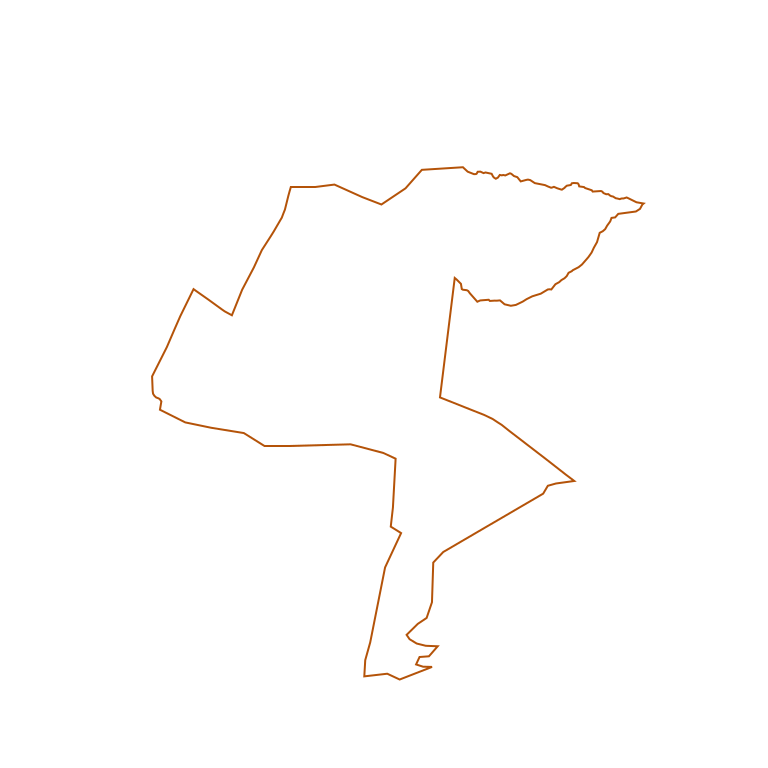 the district of Ayawaso West, Greater Accra, Ghana, rotated 295°
{"feature_id": "2480657B22724340600972", "entity_name": "Ayawaso West", "entity_type": "district", "adm_level": 2, "iso_a3": "GHA", "parent_name": "Ghana", "parent_adm1": "Greater Accra", "projection": "orthographic", "projection_center": [-0.161, 5.632], "detail": "fine", "context": "isolated", "style": "outline", "palette": "amber", "viewbox_px": 768, "rotation_deg": 295, "n_neighbors": 0, "source": "geoboundaries", "source_scale": "gbopen_adm2", "svg_char_len": 2614}
<svg xmlns="http://www.w3.org/2000/svg" viewBox="0 0 768 768"><g transform="rotate(295 384 384)"><path d="M523.2,216.3L520.1,216.8L519.3,216.9L514.0,217.8L500.2,220.5L498.4,220.6L496.6,220.7L493.8,220.9L491.4,221.1L490.9,221.0L475.6,219.6L469.9,218.9L453.7,216.7L434.7,216.8L409.5,215.6L382.0,217.1L382.5,209.0L383.1,205.5L386.3,189.0L388.9,174.4L389.5,171.3L359.4,170.7L346.1,171.0L325.7,171.6L292.9,170.6L280.1,177.2L277.6,178.8L276.3,180.8L275.5,183.2L275.7,185.8L275.5,187.2L274.1,189.6L266.0,191.8L265.2,220.1L271.3,245.9L280.3,277.7L277.3,301.9L287.9,324.6L315.2,379.2L321.2,412.5L321.2,426.1L275.8,444.3L257.6,450.4L256.1,462.5L247.0,462.5L218.2,462.5L144.0,480.7L125.8,483.7L110.7,489.7L122.8,509.4L122.8,523.1L147.9,547.1L144.3,538.9L143.4,531.6L151.6,531.6L156.2,539.8L169.0,543.5L164.4,532.5L162.6,523.3L163.5,515.1L166.2,510.5L180.9,516.0L190.0,521.5L206.5,519.7L243.0,504.1L256.8,508.7L296.5,536.2L351.9,574.6L361.0,575.5L366.5,581.9L376.5,597.4L378.8,586.7L384.5,562.0L394.4,517.5L396.7,507.9L397.3,503.3L398.2,497.3L398.3,487.7L397.6,476.3L395.5,440.4L510.0,403.3L509.4,405.6L507.3,411.4L502.9,414.4L502.8,415.7L504.0,419.4L503.9,421.0L502.5,423.5L498.0,433.8L500.4,435.9L504.6,443.3L504.0,444.8L506.3,449.0L507.3,451.2L508.8,453.8L507.2,459.6L508.5,465.9L511.4,470.1L517.3,474.9L521.2,477.4L526.1,481.3L528.3,483.7L532.1,487.9L538.9,492.5L539.8,494.0L540.4,495.7L546.9,497.2L550.3,499.7L553.2,500.9L556.1,502.9L559.0,504.0L562.8,504.3L565.6,506.5L566.9,507.0L572.1,511.0L575.9,512.9L585.3,515.6L590.9,516.6L596.1,516.6L602.6,517.1L612.2,515.6L614.9,517.7L617.8,519.0L621.8,519.3L627.0,520.3L630.7,520.0L632.7,523.1L637.2,524.4L646.8,539.4L650.9,542.0L655.8,542.3L657.3,543.0L655.4,536.0L655.6,527.4L655.6,525.1L653.4,522.7L652.4,520.7L651.2,519.6L650.7,517.0L650.3,515.5L650.7,512.3L650.3,510.7L650.3,509.3L650.9,507.1L649.9,505.2L649.8,502.2L650.6,500.6L650.6,499.1L646.6,491.8L647.4,490.4L646.6,483.5L647.0,482.0L645.6,477.4L647.2,476.0L647.8,474.7L646.4,471.1L645.3,469.4L643.3,469.2L641.0,465.9L639.3,465.1L638.0,464.7L635.3,463.1L635.1,462.2L634.6,458.3L634.5,454.7L633.2,453.4L632.5,452.5L632.3,449.0L632.3,445.9L631.1,441.0L629.8,435.8L630.6,430.4L630.1,428.1L629.1,426.7L625.4,422.3L627.8,417.4L627.4,413.9L628.3,410.6L628.2,409.1L624.3,405.8L623.8,403.7L622.9,402.6L622.4,400.6L619.2,400.0L617.3,398.6L617.5,396.7L618.1,395.2L620.0,392.7L618.6,386.6L617.2,385.1L617.2,381.6L615.9,379.2L613.8,379.1L613.1,378.6L612.2,376.8L611.8,370.1L613.8,363.9L594.1,327.8L570.4,320.8L545.6,305.8L544.2,285.3L543.8,254.8L533.4,238.3L523.2,216.3Z" fill="none" stroke="#b45309" stroke-width="2"/></g></svg>